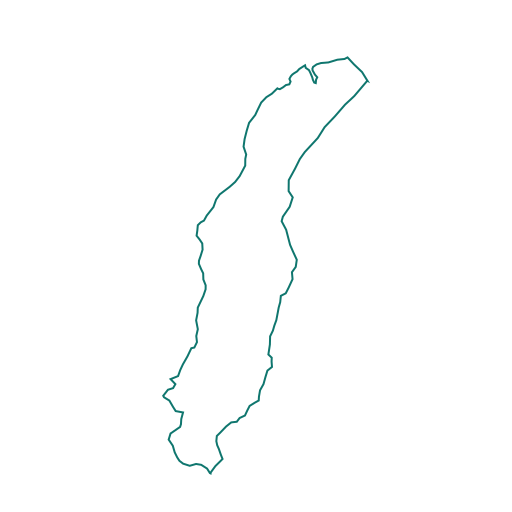 Pano Arodes, Paphos, Cyprus, rotated 116°
{"feature_id": "46923920B64054895827299", "entity_name": "Pano Arodes", "entity_type": "district", "adm_level": 2, "iso_a3": "CYP", "parent_name": "Cyprus", "parent_adm1": "Paphos", "projection": "albers", "projection_center": [32.386, 34.927], "detail": "fine", "context": "isolated", "style": "outline", "palette": "teal", "viewbox_px": 512, "rotation_deg": 116, "n_neighbors": 0, "source": "geoboundaries", "source_scale": "gbopen_adm2", "svg_char_len": 2247}
<svg xmlns="http://www.w3.org/2000/svg" viewBox="0 0 512 512"><g transform="rotate(116 256 256)"><path d="M49.7,232.6L44.2,241.3L40.8,252.0L37.4,260.8L40.1,262.8L43.9,268.9L50.3,275.8L54.1,282.2L57.2,285.5L61.0,287.6L63.0,287.4L64.5,286.4L65.2,285.3L67.1,282.6L68.5,279.3L71.2,279.3L74.4,278.1L74.6,279.7L72.6,282.2L70.8,283.7L67.4,287.6L65.7,289.9L65.1,293.8L63.1,295.5L65.0,296.7L69.0,299.1L72.1,300.0L75.1,301.9L77.0,302.9L79.2,303.5L82.2,303.6L84.1,301.4L87.1,301.3L89.2,304.0L92.6,305.7L95.6,307.7L96.1,309.8L96.0,310.3L103.2,312.9L108.7,316.3L115.8,318.6L124.2,318.6L129.6,318.5L139.3,320.6L147.3,319.3L155.9,317.5L163.2,315.1L169.1,309.3L173.4,308.2L179.5,305.3L191.3,305.7L198.6,307.2L205.4,310.0L216.5,315.6L222.7,316.6L230.7,315.7L241.2,318.0L247.0,318.3L249.9,320.4L253.8,321.8L259.1,319.8L263.8,318.3L265.9,313.9L268.3,309.8L273.7,306.8L280.2,305.8L285.2,305.2L288.1,303.9L291.9,299.5L294.7,295.9L300.2,293.0L304.4,288.4L308.0,286.7L315.1,285.8L327.9,285.7L332.7,283.6L340.1,281.6L347.3,276.2L354.1,274.6L359.3,271.3L365.3,271.3L367.2,273.7L376.2,273.6L385.4,274.2L391.6,274.1L398.1,273.4L404.1,278.8L406.5,272.3L411.1,272.6L414.8,276.5L422.3,278.1L423.3,276.7L423.9,270.5L428.0,264.4L430.6,260.2L428.6,253.0L435.3,251.7L440.1,249.7L442.9,249.3L453.0,255.0L459.3,254.0L463.0,247.6L468.1,243.0L471.5,238.6L472.9,236.3L473.7,234.9L474.1,232.8L474.6,230.5L473.6,223.6L469.2,218.7L467.7,213.7L468.5,206.8L471.3,202.3L471.3,201.5L470.4,201.8L462.6,200.4L455.8,198.0L453.1,197.1L449.9,200.6L445.8,204.7L443.1,207.9L439.8,210.5L434.9,212.3L430.7,210.8L422.3,208.1L416.4,205.3L413.4,200.6L408.8,199.7L404.2,196.0L398.6,196.1L393.5,196.0L388.4,192.8L384.7,190.2L381.1,191.7L374.9,193.5L367.9,193.1L360.9,194.4L354.0,195.5L348.7,193.0L344.1,195.7L340.5,197.3L339.1,201.7L335.9,202.7L329.5,204.7L322.0,208.1L315.7,208.1L310.5,209.0L304.8,209.6L296.7,211.8L292.4,213.0L286.9,214.0L280.9,216.2L276.5,212.9L270.1,212.8L260.8,213.0L254.8,216.6L248.4,215.5L241.5,217.7L235.7,224.8L231.0,230.3L219.2,240.4L213.5,248.2L208.9,249.1L197.0,247.3L187.2,248.7L183.4,255.1L173.5,259.8L160.5,259.2L149.6,259.1L141.1,257.7L122.9,252.2L110.1,250.8L95.9,246.3L80.9,242.3L69.2,237.8L49.7,232.8L49.7,232.6Z" fill="none" stroke="#0f766e" stroke-width="2"/></g></svg>